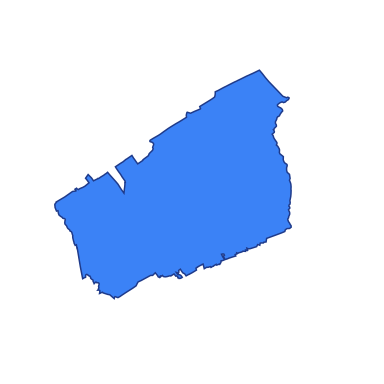 Temoac, Morelos, Mexico, rotated 129°
{"feature_id": "50627088B73739880826437", "entity_name": "Temoac", "entity_type": "district", "adm_level": 2, "iso_a3": "MEX", "parent_name": "Mexico", "parent_adm1": "Morelos", "projection": "orthographic", "projection_center": [-98.785, 18.76], "detail": "fine", "context": "isolated", "style": "filled", "palette": "blue", "viewbox_px": 384, "rotation_deg": 129, "n_neighbors": 0, "source": "geoboundaries", "source_scale": "gbopen_adm2", "svg_char_len": 5989}
<svg xmlns="http://www.w3.org/2000/svg" viewBox="0 0 384 384"><g transform="rotate(129 192 192)"><path d="M54.9,216.3L61.3,219.3L67.6,222.5L73.1,225.0L80.7,228.6L90.5,233.0L92.1,233.7L96.5,235.5L99.5,237.0L101.1,235.7L102.4,234.9L104.0,234.2L106.7,234.9L109.7,235.9L114.2,237.5L120.7,239.8L121.9,237.8L122.5,237.9L122.8,238.1L128.0,240.9L131.7,242.7L133.0,245.9L133.3,246.0L134.3,245.6L135.9,244.8L137.4,243.3L145.2,246.0L149.3,247.6L155.3,249.7L157.4,250.4L162.7,251.9L166.9,253.0L169.3,253.8L174.4,255.8L177.8,257.0L178.4,257.1L178.9,256.8L179.2,256.5L179.2,256.0L178.8,255.3L178.5,254.4L178.4,253.3L178.7,252.2L179.5,251.5L181.0,251.1L182.3,250.5L182.7,249.5L184.4,248.9L187.7,249.3L189.2,249.4L190.4,249.0L191.5,248.8L196.9,250.2L198.0,250.4L198.4,250.1L202.1,251.2L204.3,251.9L203.3,255.7L203.2,255.9L202.4,258.9L201.4,261.7L207.7,263.6L208.3,263.9L211.9,264.6L214.7,265.6L220.6,267.4L221.3,265.5L222.5,261.5L222.9,259.8L223.5,257.9L224.3,255.7L225.6,251.0L226.5,249.9L226.8,250.2L227.2,249.9L227.9,249.2L230.1,247.7L232.6,246.2L233.6,245.5L235.7,244.2L235.3,245.6L234.7,247.9L234.2,249.5L232.5,254.5L231.9,257.6L230.9,263.8L230.4,266.9L230.0,269.0L229.8,270.0L231.9,270.4L232.5,270.7L234.6,271.2L238.2,272.5L239.6,272.8L240.6,273.3L240.6,273.6L240.8,273.6L241.2,273.7L242.9,274.5L245.3,275.6L244.3,278.9L243.8,283.7L248.3,283.4L248.8,281.0L249.7,277.8L255.0,278.9L257.2,279.8L259.9,281.3L260.7,281.6L261.5,281.7L261.7,282.3L261.9,283.2L261.7,284.1L263.5,284.7L263.7,283.3L264.3,282.9L266.8,285.2L276.0,287.8L285.1,291.2L285.2,290.9L287.1,291.0L288.3,290.6L289.1,289.7L290.2,288.7L291.0,287.3L292.1,285.3L290.9,284.4L292.8,282.2L293.6,280.8L293.6,278.7L293.4,276.9L293.7,275.9L293.4,275.1L293.2,274.9L292.9,274.4L292.9,273.6L293.4,272.9L294.4,272.6L295.3,271.9L296.1,271.5L296.5,270.9L296.9,270.4L297.2,268.3L297.7,267.3L298.1,266.6L298.5,265.4L298.4,264.9L298.5,264.1L298.4,263.4L299.1,262.2L298.9,261.7L298.8,260.9L299.0,260.1L299.9,258.8L300.4,258.1L300.9,257.2L301.8,256.6L302.7,255.7L304.1,253.9L304.7,253.1L305.1,252.4L306.0,251.4L307.0,249.2L305.8,248.6L308.1,246.0L307.8,245.9L320.3,231.8L322.0,229.8L323.9,227.5L328.2,222.4L327.3,222.0L326.7,221.9L325.3,221.0L323.4,222.4L322.5,222.2L322.1,221.5L321.9,221.1L322.1,220.8L322.1,220.5L322.1,220.1L322.0,218.9L321.6,218.4L321.9,217.8L322.1,217.1L322.6,216.7L322.9,216.1L322.9,214.6L322.7,214.0L322.8,213.6L323.0,213.2L323.6,212.8L323.9,212.1L324.8,210.4L324.3,210.4L323.6,210.2L323.0,210.3L322.6,210.1L322.3,209.7L322.4,208.7L321.7,208.2L321.4,207.4L321.8,206.3L322.4,206.0L324.1,205.3L324.8,204.3L325.6,204.0L325.9,203.7L326.6,203.7L326.9,203.4L327.5,203.4L327.2,203.1L326.9,202.8L326.6,201.7L327.4,201.0L328.1,200.4L328.6,200.3L329.1,200.0L328.6,199.7L327.3,199.3L326.8,198.6L326.2,198.4L326.3,197.6L326.1,196.9L324.5,192.8L323.6,191.3L323.8,185.4L322.5,186.0L321.7,186.0L320.7,183.1L318.8,182.3L315.8,181.4L311.7,180.1L304.0,177.5L300.1,176.4L298.0,176.9L296.0,177.3L295.4,177.1L292.8,175.8L282.9,171.7L281.6,170.1L277.9,169.7L278.7,165.9L279.2,165.1L279.0,164.0L278.8,163.2L277.5,163.0L277.5,163.7L277.0,163.7L276.7,163.4L276.0,162.5L275.4,162.4L275.7,161.3L275.5,160.5L274.6,159.2L273.6,158.3L273.4,158.1L271.5,156.8L270.9,156.3L270.6,155.6L267.0,154.4L267.6,151.7L267.1,151.5L266.9,150.5L266.8,150.1L267.2,149.6L267.4,149.2L267.1,149.2L267.4,147.7L266.2,146.5L264.9,146.0L264.4,145.9L264.0,147.5L263.8,148.4L264.4,150.4L265.0,150.8L264.8,152.3L264.4,153.6L264.0,152.8L264.3,152.4L264.2,152.0L264.3,151.5L264.3,151.4L262.5,151.8L261.3,153.0L259.3,152.5L260.0,150.5L260.1,150.0L260.4,149.1L260.6,148.4L260.6,148.1L260.2,146.2L260.9,143.8L258.3,142.8L258.3,142.7L258.2,142.6L254.4,141.0L249.9,139.4L248.7,141.0L247.1,140.4L247.0,140.6L243.6,139.2L241.9,138.3L241.8,138.5L241.0,138.0L243.9,134.2L241.2,133.2L240.6,132.3L240.1,131.9L238.4,130.8L238.7,129.8L238.0,129.5L237.5,129.5L236.1,128.6L235.5,128.7L235.2,128.5L233.0,127.7L233.4,127.0L233.1,126.7L230.8,125.4L230.8,124.9L229.7,125.0L228.4,125.3L227.8,125.6L227.5,125.9L227.3,126.1L227.1,126.1L226.9,126.0L226.3,125.2L224.5,124.2L224.0,124.0L223.0,127.4L221.8,129.9L220.9,129.2L220.2,128.2L220.7,127.0L222.2,127.3L223.7,123.8L222.9,123.2L222.2,122.9L221.4,122.2L220.7,122.0L216.5,119.3L214.2,117.7L213.4,119.1L211.8,118.1L211.2,118.8L211.1,118.3L210.8,117.9L210.7,118.0L207.9,116.0L206.1,115.0L205.9,115.1L204.4,113.0L203.4,113.9L202.5,112.0L202.3,112.0L201.5,113.5L201.1,114.0L200.6,112.3L199.4,111.1L193.8,107.4L191.5,107.9L191.1,107.0L190.7,105.8L188.9,106.8L188.2,106.3L186.6,104.4L185.9,104.6L184.2,103.0L181.1,104.8L176.9,102.3L173.4,100.2L167.3,96.6L164.3,95.0L162.7,95.7L160.7,95.2L158.9,93.2L156.9,92.8L155.7,94.0L155.5,95.2L155.0,96.1L154.7,96.9L154.5,97.8L154.1,98.7L153.3,100.1L152.4,100.7L151.3,100.7L150.3,101.4L149.3,101.6L147.6,102.2L146.3,103.4L145.6,104.9L145.0,105.9L143.1,105.8L142.3,106.5L142.0,107.9L140.9,108.4L139.9,108.2L138.6,108.9L137.7,109.8L137.1,110.5L135.9,111.1L134.7,111.7L133.4,112.4L131.3,113.8L128.5,115.9L127.5,116.9L125.7,118.2L124.1,119.7L123.1,120.9L121.5,123.7L119.7,124.3L118.0,126.2L117.2,127.0L116.9,127.5L116.9,128.2L116.8,130.3L116.1,131.5L115.5,132.2L113.7,133.7L111.8,134.5L111.1,135.1L110.8,135.8L111.0,137.4L111.0,138.1L110.6,139.7L109.5,141.4L107.0,143.3L107.0,147.8L106.3,149.0L104.8,150.0L104.1,150.6L103.5,151.5L103.0,152.8L102.5,154.0L102.4,156.0L101.1,156.3L100.1,157.2L99.0,161.0L98.3,162.8L97.3,164.1L96.6,166.1L93.9,165.6L93.0,166.2L92.4,167.8L92.1,167.5L91.6,167.7L91.0,168.1L90.4,168.1L89.7,167.9L87.8,167.8L87.4,168.1L86.8,168.7L86.1,170.4L84.8,171.4L83.2,171.7L82.1,172.0L81.6,172.3L80.6,172.7L79.6,172.8L78.8,172.3L77.7,172.0L76.4,172.4L73.8,172.6L72.0,172.5L71.6,172.9L71.0,173.8L70.8,176.1L71.1,176.9L71.5,179.3L70.7,180.4L69.9,180.4L68.8,180.2L67.0,179.7L65.3,178.7L64.9,177.1L63.3,176.1L62.2,176.0L61.3,175.9L59.8,175.3L58.3,175.4L57.7,175.9L58.0,177.2L59.2,177.8L60.4,181.5L60.3,182.9L59.4,189.5L57.9,201.7L56.9,207.0L55.7,212.1L54.9,216.3Z" fill="#3b82f6" stroke="#1e3a8a" stroke-width="1.5"/></g></svg>